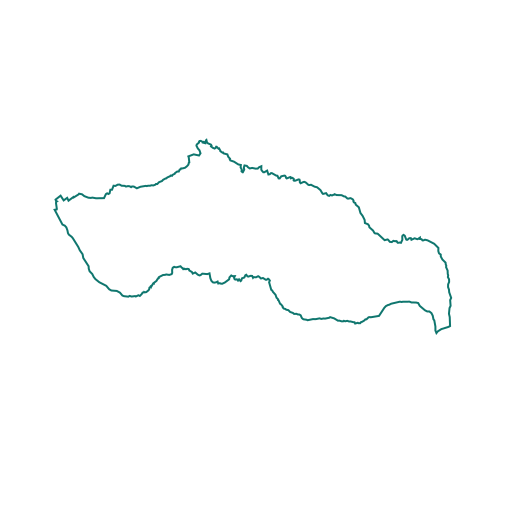 Schela, Gorj, Romania, rotated 115°
{"feature_id": "2599482B25991908256991", "entity_name": "Schela", "entity_type": "district", "adm_level": 2, "iso_a3": "ROU", "parent_name": "Romania", "parent_adm1": "Gorj", "projection": "natural_earth1", "projection_center": [23.303, 45.212], "detail": "fine", "context": "isolated", "style": "outline", "palette": "teal", "viewbox_px": 512, "rotation_deg": 115, "n_neighbors": 0, "source": "geoboundaries", "source_scale": "gbopen_adm2", "svg_char_len": 6119}
<svg xmlns="http://www.w3.org/2000/svg" viewBox="0 0 512 512"><g transform="rotate(115 256 256)"><path d="M299.2,458.0L309.3,444.7L309.3,442.1L310.2,440.0L312.5,437.7L314.7,436.1L315.7,434.7L316.5,431.2L317.3,429.5L322.9,420.9L325.3,418.1L327.7,413.9L330.8,411.7L336.0,403.4L338.2,402.2L340.2,400.3L341.5,396.8L343.6,394.2L344.8,391.8L346.0,387.0L346.3,379.1L348.2,375.0L348.4,372.5L346.5,367.4L346.7,363.8L348.3,360.4L348.2,358.7L346.8,354.5L345.6,353.7L345.3,351.6L343.4,348.6L343.5,347.8L341.3,346.0L341.3,344.4L338.8,343.5L337.1,343.3L336.3,342.2L335.9,342.2L336.0,341.5L335.1,340.2L332.9,339.1L331.5,338.7L329.7,339.2L328.8,338.7L328.8,338.2L327.8,338.6L327.0,338.1L327.3,337.9L324.4,337.6L324.2,336.9L323.5,337.2L320.7,335.7L318.5,335.5L317.2,334.8L316.8,335.2L316.1,335.0L312.5,332.2L311.5,330.4L310.7,329.6L309.8,326.6L308.1,324.8L306.7,324.8L304.0,326.2L301.8,326.5L300.4,325.6L300.4,324.8L299.8,323.2L297.2,320.1L298.0,318.2L298.0,317.2L298.7,316.4L298.3,315.6L297.8,315.5L297.6,313.9L296.7,313.0L296.3,311.6L296.5,311.0L297.3,310.4L297.6,307.3L298.7,305.9L296.6,304.1L297.5,300.9L297.5,299.0L296.8,298.2L294.7,297.2L293.0,292.5L291.4,290.8L295.4,288.0L297.3,286.0L298.1,284.0L297.8,282.6L296.7,281.0L295.4,280.0L296.9,278.6L295.9,277.3L296.0,276.6L295.5,275.0L293.3,273.1L288.5,270.5L286.6,271.0L284.1,270.2L284.2,268.7L283.2,266.7L285.0,266.7L286.1,265.5L286.1,264.7L285.2,263.5L285.9,261.9L284.3,261.5L285.3,259.4L284.5,259.0L282.2,259.3L280.4,257.5L277.9,257.5L277.1,256.9L278.0,255.3L278.0,254.4L276.1,252.3L275.7,251.0L277.0,249.5L276.2,249.3L275.3,247.0L273.4,245.5L273.5,244.3L274.3,242.0L273.0,240.4L273.4,237.2L273.0,236.3L271.5,235.5L271.6,234.7L272.4,233.1L274.3,233.0L280.2,227.9L280.4,226.7L281.3,225.6L282.9,221.9L285.1,219.8L285.9,217.7L286.6,217.4L286.7,216.7L289.1,214.0L289.3,212.7L290.5,210.4L291.0,210.3L291.5,209.6L291.9,208.5L291.6,207.0L291.9,205.9L291.4,203.8L292.3,201.4L292.0,198.5L292.4,197.0L291.3,194.9L291.3,193.4L290.7,191.9L290.9,190.4L292.8,188.3L293.2,187.0L293.3,186.2L292.4,183.2L292.4,182.1L289.1,177.7L288.0,175.2L285.7,172.1L285.4,170.2L284.1,168.4L283.6,167.0L281.0,163.5L280.1,163.0L279.5,158.8L280.0,154.3L279.4,153.4L279.0,150.7L278.4,149.4L277.6,149.0L277.5,147.6L276.2,145.9L276.0,143.9L275.4,142.8L274.8,139.6L274.4,138.7L275.3,137.6L273.5,135.5L273.6,134.8L272.9,133.2L271.4,132.8L270.8,132.0L268.7,130.6L267.2,130.1L266.7,129.1L264.0,128.1L263.2,126.9L263.1,126.2L258.3,119.2L248.7,117.8L246.5,117.1L244.7,115.7L243.9,114.7L242.1,113.3L236.6,106.3L236.1,104.5L235.4,103.6L232.5,97.5L232.4,95.5L230.5,91.2L230.1,89.1L232.0,86.5L233.8,79.9L233.9,77.4L233.0,75.5L233.6,72.9L235.4,70.6L238.4,68.4L239.0,67.2L244.1,63.6L247.7,61.9L249.6,59.9L247.5,59.4L243.9,57.1L239.2,51.9L237.5,50.5L229.5,54.6L226.8,56.7L221.4,58.6L218.9,58.6L213.9,61.4L211.5,61.4L207.2,65.6L204.9,66.9L203.0,68.8L200.5,69.9L197.9,70.0L195.5,71.2L194.0,73.2L192.2,73.7L191.3,74.6L188.2,76.2L185.8,79.0L184.3,79.5L183.4,80.5L181.9,81.4L180.4,85.6L178.4,88.3L176.6,89.2L176.3,91.1L175.9,91.6L174.4,92.9L171.6,94.1L169.6,99.7L169.3,107.1L169.8,109.7L171.1,110.9L171.5,111.7L170.8,113.1L171.3,114.6L170.1,115.2L172.3,116.5L172.6,116.9L172.9,119.7L175.6,122.0L174.4,123.2L174.8,124.1L175.3,124.7L177.3,125.6L177.6,126.1L177.6,126.8L174.8,129.7L174.5,131.2L175.6,131.8L176.5,131.7L179.5,130.2L182.8,130.2L183.0,131.3L184.1,133.0L183.9,133.8L183.2,134.5L183.2,135.4L183.8,136.0L184.2,137.9L186.0,138.8L186.6,140.7L185.4,143.2L185.4,143.8L187.3,146.1L184.5,154.7L184.4,155.4L185.2,157.6L185.0,158.5L183.5,160.6L182.1,165.3L180.7,166.4L179.9,168.0L180.1,171.2L177.4,172.8L174.6,176.3L172.9,179.5L168.4,183.4L167.3,187.3L166.0,188.4L166.0,189.9L165.5,190.7L164.6,191.0L163.8,192.1L163.6,193.9L163.7,195.0L164.8,196.3L165.3,197.4L164.4,200.2L164.8,201.4L164.7,204.1L166.7,208.7L166.8,210.9L167.6,211.2L167.8,211.7L169.0,212.7L169.2,214.3L170.6,215.1L170.7,216.7L169.4,219.0L171.4,221.5L171.1,222.4L169.0,225.5L167.9,229.7L168.4,232.2L168.2,236.3L169.0,237.3L169.4,238.6L168.4,241.7L168.3,243.3L168.8,244.2L171.2,246.3L170.7,247.4L169.0,248.3L168.4,248.9L168.6,249.8L171.1,252.2L171.7,253.3L171.5,253.9L170.3,254.2L170.0,254.8L169.8,256.1L170.8,257.2L169.9,257.8L169.9,258.3L172.7,260.9L172.4,261.9L171.5,262.6L171.0,263.5L171.1,264.2L173.1,266.8L175.7,267.3L176.1,268.3L174.2,270.5L174.6,271.6L174.2,276.6L174.5,277.4L176.1,278.1L176.9,279.2L173.9,282.0L176.6,283.9L177.0,284.8L176.0,287.1L175.3,287.8L172.4,289.1L174.2,290.7L176.1,291.4L177.0,293.3L177.8,296.7L179.3,298.7L178.9,300.9L178.2,302.4L178.8,304.7L181.0,304.4L182.7,303.2L185.7,303.3L185.8,303.5L185.4,304.9L183.7,305.4L182.2,307.4L179.9,308.2L180.5,310.7L179.8,315.8L180.2,319.7L179.4,320.7L178.8,320.7L177.8,323.1L176.0,324.9L176.7,328.7L176.1,329.7L176.5,330.1L176.3,331.5L176.0,332.6L175.8,332.6L174.1,334.9L174.6,335.3L173.6,337.9L173.8,338.3L174.8,338.1L176.1,338.9L176.2,340.7L175.7,343.1L174.7,343.0L174.1,343.9L174.2,347.2L173.8,348.4L171.8,350.0L172.2,350.2L175.2,349.5L175.6,351.7L174.9,351.6L174.3,350.8L175.2,353.1L175.0,354.7L175.7,355.8L176.8,355.9L177.3,355.6L180.0,356.8L181.2,356.6L183.1,354.2L184.1,351.9L186.4,349.7L189.0,350.1L190.2,355.4L194.3,359.4L195.2,358.5L199.4,356.0L199.9,356.3L201.8,355.9L203.8,356.5L206.0,357.6L207.6,359.5L208.3,360.9L209.4,361.0L209.9,361.7L212.1,361.7L212.7,363.1L215.0,364.4L215.8,364.4L217.9,366.0L218.8,366.0L219.2,367.4L219.9,367.5L222.3,369.6L223.6,370.1L223.9,370.7L226.2,372.4L227.8,372.9L230.1,375.1L232.5,375.9L233.0,377.1L233.8,377.3L235.4,378.8L236.1,380.7L237.0,381.6L237.9,383.5L238.8,384.5L239.0,385.5L242.1,390.0L245.0,392.6L244.7,396.1L245.4,397.8L246.4,398.3L246.2,399.9L246.7,401.5L248.0,403.2L247.9,404.6L249.1,407.5L248.9,409.8L249.8,411.5L251.9,413.0L252.5,414.8L256.8,414.5L257.5,416.0L261.1,415.2L262.2,416.0L262.1,417.4L263.4,418.2L267.8,418.2L271.3,425.4L272.2,428.9L273.2,430.3L274.0,432.6L274.3,436.9L273.6,439.8L274.3,442.7L275.1,442.8L280.0,446.0L279.7,446.4L285.1,449.3L283.1,451.7L286.9,453.8L283.9,458.6L289.6,461.5L290.5,460.6L290.6,459.5L291.4,460.0L292.6,459.6L297.5,456.4L298.0,456.3L299.2,458.0Z" fill="none" stroke="#0f766e" stroke-width="2"/></g></svg>